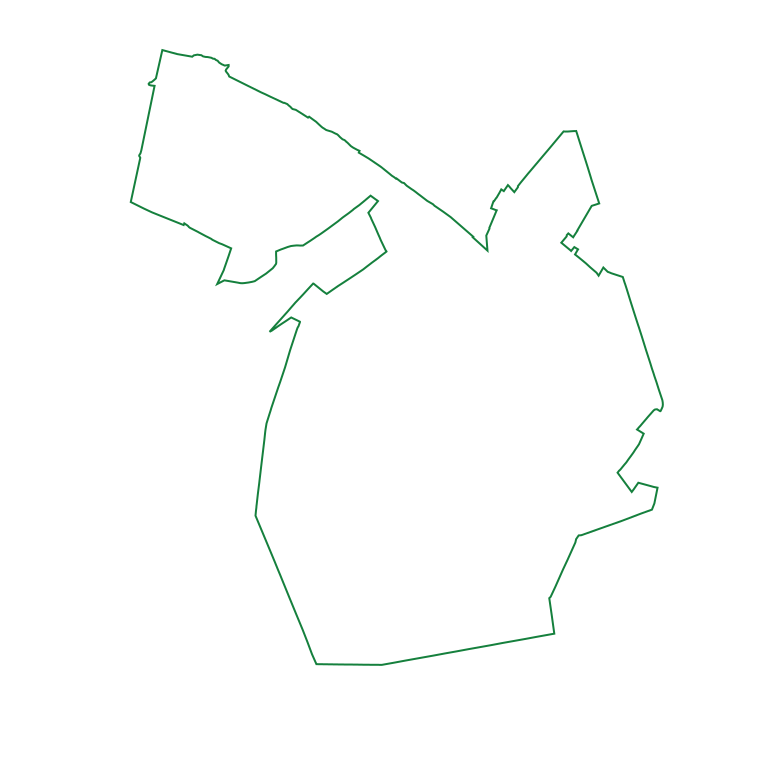 outline of Chimalhuacán, México, Mexico, rotated 191°
{"feature_id": "50627088B23248681455683", "entity_name": "Chimalhuacán", "entity_type": "district", "adm_level": 2, "iso_a3": "MEX", "parent_name": "Mexico", "parent_adm1": "México", "projection": "orthographic", "projection_center": [-98.942, 19.418], "detail": "fine", "context": "isolated", "style": "outline", "palette": "green", "viewbox_px": 768, "rotation_deg": 191, "n_neighbors": 0, "source": "geoboundaries", "source_scale": "gbopen_adm2", "svg_char_len": 5775}
<svg xmlns="http://www.w3.org/2000/svg" viewBox="0 0 768 768"><g transform="rotate(191 384 384)"><path d="M491.8,322.9L491.6,316.4L491.4,313.5L490.8,306.7L488.9,280.5L487.5,261.9L486.9,252.8L486.0,241.5L485.9,239.9L485.7,238.3L485.5,235.3L485.0,230.2L477.4,218.8L467.6,204.1L466.2,202.0L464.4,199.3L456.9,188.0L456.0,186.6L454.5,184.3L452.8,181.7L449.2,176.3L446.6,172.3L436.4,156.7L426.6,141.8L416.8,127.0L409.9,116.1L403.1,105.0L396.9,96.1L386.4,98.0L372.0,100.6L358.6,103.1L349.6,104.7L332.5,107.9L321.6,112.1L310.7,116.4L294.4,122.7L283.5,126.9L272.6,131.2L261.7,135.4L250.8,139.7L239.9,143.9L229.0,148.1L218.2,152.4L207.3,156.6L196.4,160.8L185.5,165.1L169.2,171.4L175.0,188.4L180.9,205.3L179.8,206.9L177.0,218.1L173.5,233.4L172.8,236.4L170.3,246.3L165.9,265.0L165.8,268.4L164.0,272.5L161.5,273.2L146.4,282.1L135.2,288.7L124.8,294.8L106.9,305.9L97.0,311.8L95.8,318.4L95.7,334.4L96.5,334.4L99.4,334.4L105.8,334.9L115.5,335.6L118.0,330.0L118.5,328.8L120.2,325.3L137.8,341.5L136.7,343.7L136.3,344.2L135.6,345.2L132.7,350.6L131.2,353.2L129.8,356.4L127.1,362.1L126.0,364.5L124.9,367.3L123.4,370.7L122.2,373.5L121.0,378.6L119.6,384.8L126.9,387.6L125.4,390.2L124.4,391.8L123.4,393.6L122.5,395.2L118.5,402.3L114.2,409.6L113.1,410.7L111.2,411.3L107.7,410.0L107.3,410.3L107.0,411.4L106.7,412.6L106.5,413.5L106.2,414.9L106.3,416.8L106.7,418.4L106.9,419.2L107.7,421.3L108.5,422.7L113.2,431.0L117.0,438.0L120.0,443.2L121.5,446.0L123.9,450.2L126.5,455.1L133.2,467.2L137.6,475.4L140.4,480.6L144.9,488.8L145.5,489.8L150.2,498.3L157.3,511.3L164.0,523.8L165.6,526.7L166.6,528.5L167.0,529.1L170.0,534.6L170.7,534.7L174.8,535.2L180.5,535.9L182.1,536.1L183.3,536.4L185.8,536.8L190.9,540.2L194.0,531.3L196.6,533.8L199.8,535.6L204.0,538.0L208.7,540.9L216.4,545.1L221.2,547.6L219.7,551.9L219.2,553.2L223.3,554.7L225.7,550.3L226.1,550.6L236.9,556.5L232.9,563.7L233.0,565.0L231.8,567.0L226.3,564.1L225.5,566.2L223.4,571.3L223.6,571.4L214.1,598.5L209.7,600.9L207.2,602.3L219.3,624.1L220.8,627.0L225.6,636.0L228.8,641.9L232.2,648.1L238.1,658.9L241.3,664.8L242.0,666.1L243.6,669.0L244.2,668.8L245.5,668.6L251.4,667.0L254.1,666.4L255.9,666.2L266.0,647.9L268.0,644.3L271.1,638.8L281.5,620.2L282.7,618.1L284.3,615.1L288.1,608.1L290.3,603.8L290.1,602.7L292.7,597.2L296.9,600.3L299.0,602.0L300.3,602.9L302.3,598.3L303.2,596.2L303.9,596.5L306.0,597.4L307.2,593.6L308.5,589.9L309.0,588.4L309.3,588.1L310.9,584.4L311.3,584.4L311.4,584.2L311.8,581.5L312.0,579.9L312.4,576.9L309.2,576.4L308.3,576.2L306.5,576.0L306.8,574.9L307.2,572.8L310.4,557.3L310.1,556.7L311.9,549.2L307.9,534.7L324.6,544.8L324.9,545.0L324.5,545.6L349.8,560.2L350.3,560.5L358.7,564.4L367.7,568.3L368.3,568.5L370.2,569.8L376.5,572.0L382.1,574.8L384.7,576.1L386.6,577.0L389.3,578.4L392.0,579.7L394.0,580.5L394.7,580.8L396.9,581.8L399.6,583.0L402.7,585.1L404.9,585.2L411.0,588.2L411.3,587.8L413.6,589.0L415.9,589.9L419.2,591.7L428.5,596.6L442.0,602.4L447.2,604.3L452.9,606.3L452.5,608.2L454.8,608.7L459.3,610.1L461.9,611.2L466.2,614.1L466.9,614.4L467.7,614.9L468.5,615.5L469.7,616.0L471.4,616.3L474.2,617.9L476.6,619.6L478.0,620.3L479.3,620.5L483.4,621.7L488.4,622.2L489.5,622.4L490.6,622.9L492.3,623.6L493.2,623.9L494.5,624.6L497.3,626.3L500.6,628.4L501.0,628.6L504.7,630.3L508.5,632.1L509.4,631.0L522.9,636.3L526.3,636.5L527.7,637.4L528.7,638.2L530.8,639.3L532.3,640.3L533.7,640.6L535.6,641.0L536.3,640.8L551.0,644.5L555.9,645.8L558.1,646.3L560.6,646.9L576.2,651.2L594.6,656.3L595.8,658.1L598.7,660.6L599.2,661.3L599.1,662.0L599.0,662.6L597.8,664.8L597.3,665.7L597.1,666.3L597.2,666.7L597.4,667.5L599.6,666.7L600.8,666.3L601.4,666.2L602.0,666.4L602.8,666.6L604.3,666.9L607.2,668.1L609.0,669.6L610.8,670.0L612.4,670.9L613.8,670.7L615.8,671.3L617.6,671.3L619.4,671.3L621.7,671.0L624.2,671.1L626.0,671.9L627.5,671.8L630.0,671.7L633.4,670.3L634.7,668.7L649.8,668.4L665.3,669.5L666.2,640.5L667.2,639.1L668.8,637.1L669.9,635.9L671.5,635.3L672.3,633.7L671.8,632.9L670.9,632.7L669.7,632.6L666.1,632.9L666.8,567.1L667.0,564.7L667.1,563.8L667.7,562.5L667.9,561.6L667.7,561.0L666.9,560.2L666.4,559.5L667.3,514.3L652.8,510.3L644.4,508.2L635.6,506.5L611.0,501.8L610.7,503.6L608.4,502.6L607.6,502.3L606.5,501.7L605.2,500.7L604.3,500.3L595.3,497.7L594.8,497.5L587.0,495.1L584.4,494.4L581.0,493.4L580.2,492.9L572.7,490.8L569.6,490.3L559.9,488.0L561.0,479.7L561.3,477.6L562.1,472.0L562.8,467.2L562.9,466.5L563.0,465.3L566.8,450.3L560.5,455.3L551.9,455.5L547.1,455.6L546.2,455.6L544.2,455.6L542.2,455.9L540.1,456.5L536.3,457.8L532.8,459.2L530.5,460.3L525.0,465.8L520.8,469.9L515.3,476.4L514.1,478.7L512.9,481.3L512.9,482.5L514.0,487.9L514.3,489.0L514.8,491.3L515.2,493.5L511.0,496.3L508.3,497.9L504.7,500.1L501.6,501.7L498.5,502.7L495.7,503.5L495.4,503.5L492.1,504.0L489.9,504.5L486.0,508.3L483.8,510.4L480.0,514.2L478.6,515.7L476.5,517.6L474.3,519.8L468.4,526.0L465.2,529.5L460.3,534.8L457.7,537.9L456.8,539.0L456.1,539.8L451.2,545.0L447.8,548.9L447.1,549.9L442.3,555.0L441.0,556.6L439.0,559.0L433.1,566.3L424.8,562.4L432.0,549.1L428.5,544.6L428.0,543.7L422.6,536.3L420.1,532.6L417.7,529.1L416.2,527.0L414.7,524.7L408.7,516.6L407.2,514.7L406.3,515.1L408.2,512.9L410.2,510.7L412.3,508.3L412.7,507.8L413.7,506.6L419.3,500.5L419.8,499.9L422.1,497.3L423.0,496.3L426.3,492.5L432.8,486.0L438.4,480.5L441.8,477.2L442.8,476.2L448.0,471.2L451.2,467.9L451.9,467.2L454.3,464.7L457.4,461.5L461.4,463.3L472.3,469.1L472.7,469.1L476.5,463.0L480.4,456.6L486.0,447.8L486.3,447.4L490.0,441.0L492.9,435.9L493.7,434.6L499.9,424.2L501.4,421.7L506.3,413.4L504.4,414.9L499.1,420.4L495.9,423.6L491.6,427.8L488.1,431.3L487.8,431.6L478.4,429.1L478.3,428.8L479.0,424.2L479.1,423.9L479.3,423.6L479.5,423.1L479.9,420.8L482.6,399.3L484.3,381.5L486.3,366.3L487.2,360.3L487.4,358.7L490.0,339.1L490.3,335.9L490.6,333.5L491.8,322.9Z" fill="none" stroke="#15803d" stroke-width="2"/></g></svg>